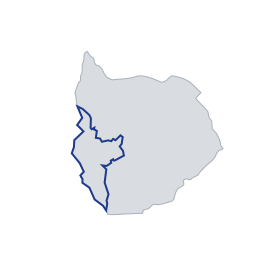 Matabeleland South highlighted on a map of Zimbabwe, rotated 44°
{"feature_id": "ZWE-530", "entity_name": "Matabeleland South", "entity_type": "Province", "adm_level": 1, "iso_a3": "ZWE", "parent_name": "Zimbabwe", "parent_adm1": "", "projection": "orthographic", "projection_center": [29.218, -20.916], "detail": "coarse", "context": "in_parent", "style": "outline", "palette": "blue", "viewbox_px": 256, "rotation_deg": 44, "n_neighbors": 0, "source": "natural_earth", "source_scale": "10m", "svg_char_len": 2749}
<svg xmlns="http://www.w3.org/2000/svg" viewBox="0 0 256 256"><g transform="rotate(44 128 128)"><path d="M173.4,204.1L171.6,202.8L169.0,201.9L165.7,201.5L161.5,201.6L156.2,202.3L150.6,201.4L144.6,198.9L139.6,198.1L133.7,199.1L133.4,199.1L132.4,198.3L130.8,196.6L128.0,196.2L127.3,195.8L126.7,195.2L126.3,194.3L126.1,193.4L126.6,190.5L126.3,190.2L125.6,189.9L124.1,189.5L120.5,188.2L116.0,187.0L108.7,185.6L105.8,185.2L105.2,184.8L104.3,183.8L102.9,180.5L101.5,178.3L98.4,174.9L97.8,173.9L98.0,171.2L98.2,169.0L98.5,167.2L98.3,165.4L98.3,163.3L98.4,161.8L97.9,161.2L96.8,160.8L93.5,160.6L89.5,160.8L89.4,158.6L89.0,155.2L88.2,153.3L87.3,152.3L85.4,151.3L81.7,149.9L76.6,147.8L72.3,144.6L67.3,140.6L65.7,140.0L63.8,136.2L60.9,129.8L61.0,127.6L60.6,126.6L57.8,123.5L57.2,121.8L56.7,120.2L52.3,115.6L50.8,113.6L49.6,111.0L48.4,108.9L47.5,108.1L46.2,106.7L45.3,105.1L44.9,103.9L45.2,102.3L45.6,101.2L49.7,102.2L52.0,102.3L53.7,101.7L55.9,102.4L58.6,104.4L61.4,104.8L64.5,103.4L68.6,103.7L73.9,105.7L78.2,106.1L83.3,104.2L87.9,98.9L92.2,94.0L96.4,88.4L98.9,83.8L102.7,80.1L107.6,77.2L112.7,74.8L120.5,71.8L122.0,69.4L122.6,66.7L122.6,63.1L123.0,60.7L123.8,59.6L125.1,58.7L126.7,57.6L131.9,54.8L136.2,53.1L141.5,51.9L147.2,51.9L152.7,51.9L155.9,51.9L155.9,55.5L156.1,59.5L156.8,59.9L160.9,60.0L167.6,60.3L174.0,60.7L178.1,63.6L179.5,64.2L183.7,65.1L189.1,70.0L195.6,70.5L200.1,72.1L204.0,73.9L206.3,75.9L207.8,76.4L209.7,76.6L210.7,76.8L210.5,78.2L209.1,80.6L209.2,84.0L210.9,88.9L211.1,93.1L210.4,100.4L210.3,107.6L210.4,110.1L210.7,111.8L211.0,112.7L210.9,113.8L209.8,116.8L208.9,119.9L208.8,121.2L208.5,122.0L207.8,122.8L205.0,124.2L204.5,125.1L204.4,126.7L204.8,128.1L205.8,128.6L207.1,129.4L207.6,130.5L207.5,131.6L207.1,133.5L205.9,136.8L206.9,140.7L208.1,143.2L209.8,146.1L210.5,147.9L210.4,149.1L210.2,150.4L207.4,155.5L205.5,158.7L203.1,162.2L200.1,164.3L199.3,165.3L199.0,166.5L199.0,169.1L198.8,171.8L196.2,176.0L197.7,179.6L197.3,179.9L196.4,180.4L192.7,184.4L188.9,188.5L186.1,191.4L182.9,194.8L179.4,198.6L176.4,201.8L173.4,204.1Z" fill="#d9dde1" stroke="#a8b0b8" stroke-width="1"/><path d="M88.0,152.5L76.6,147.6L82.1,145.8L91.2,145.5L94.6,146.8L101.0,153.9L102.8,154.1L103.6,151.2L104.6,152.6L107.6,151.7L111.7,157.4L115.2,155.0L118.8,156.0L122.4,150.6L125.1,149.1L124.9,146.1L127.5,145.5L127.7,138.5L130.5,138.2L134.5,143.9L134.8,147.0L140.4,148.0L144.2,150.7L141.1,160.4L140.2,161.4L139.0,160.8L138.3,163.5L140.1,164.7L139.0,170.1L135.6,172.7L141.1,172.8L149.1,183.5L160.0,189.2L163.0,195.1L165.6,196.8L169.5,202.5L164.1,201.3L153.6,202.6L141.6,197.7L133.3,199.1L130.8,196.4L126.7,195.2L126.6,190.2L117.8,186.8L105.2,185.3L102.4,179.4L97.8,174.0L98.3,161.4L89.3,161.2L88.0,152.5Z" fill="none" stroke="#1e3a8a" stroke-width="2"/></g></svg>